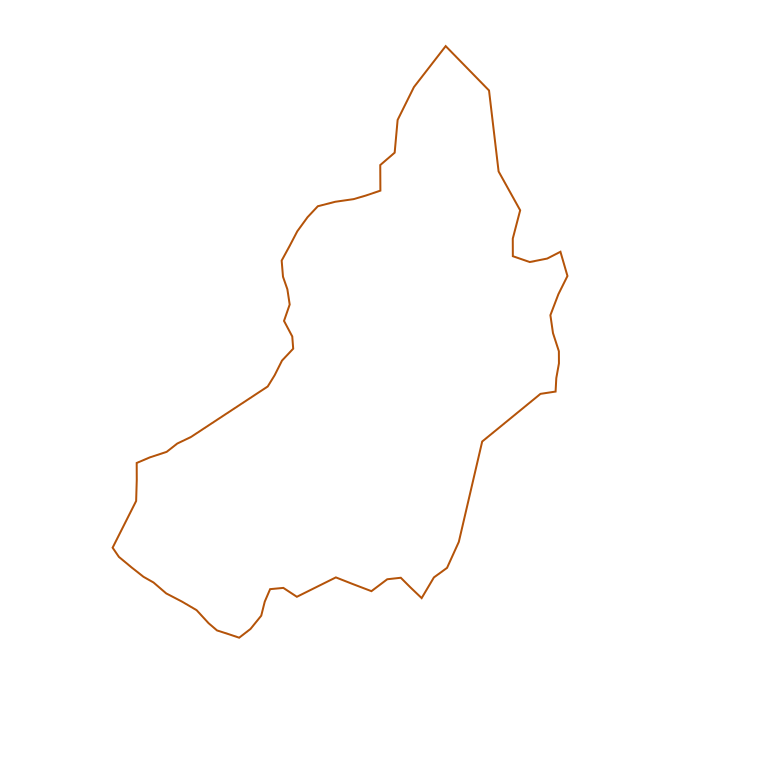 the district of Maratá, Rio Grande do Sul, Brazil, rotated 39°
{"feature_id": "56859067B99972506028155", "entity_name": "Maratá", "entity_type": "district", "adm_level": 2, "iso_a3": "BRA", "parent_name": "Brazil", "parent_adm1": "Rio Grande do Sul", "projection": "orthographic", "projection_center": [-51.552, -29.545], "detail": "fine", "context": "isolated", "style": "outline", "palette": "amber", "viewbox_px": 768, "rotation_deg": 39, "n_neighbors": 0, "source": "geoboundaries", "source_scale": "gbopen_adm2", "svg_char_len": 1087}
<svg xmlns="http://www.w3.org/2000/svg" viewBox="0 0 768 768"><g transform="rotate(39 384 384)"><path d="M276.1,682.0L286.8,685.2L303.1,685.4L318.4,685.2L329.8,683.3L346.5,683.8L363.7,680.3L380.7,677.7L398.3,680.3L409.3,680.6L420.4,676.3L431.1,672.3L434.4,658.4L434.4,641.3L428.3,628.2L424.6,615.1L434.1,605.8L450.2,604.2L468.3,564.6L486.0,559.0L504.6,552.9L509.4,533.7L519.0,524.0L532.2,525.4L548.0,526.7L544.5,502.9L548.7,487.2L541.5,459.6L496.5,366.9L511.8,293.2L522.1,281.9L514.2,271.0L507.0,257.9L499.3,248.5L483.3,238.1L470.0,225.8L463.0,204.4L458.6,184.6L437.9,170.2L431.9,183.8L420.5,197.5L403.7,203.6L392.6,190.0L380.5,163.3L339.3,146.7L280.9,89.8L219.3,82.6L220.4,134.4L228.4,170.2L246.7,197.5L243.3,216.2L259.5,236.0L251.2,249.1L244.0,259.5L231.4,273.1L220.7,287.5L219.6,302.5L220.5,319.9L223.8,336.2L226.8,352.5L238.0,364.2L249.3,371.2L260.7,381.6L266.6,397.9L282.8,404.8L291.2,413.7L290.0,430.0L293.5,446.0L295.2,459.1L267.3,546.7L260.8,560.4L257.8,573.5L248.2,588.4L241.5,601.0L252.2,614.1L265.0,630.9L276.1,682.0Z" fill="none" stroke="#b45309" stroke-width="2"/></g></svg>